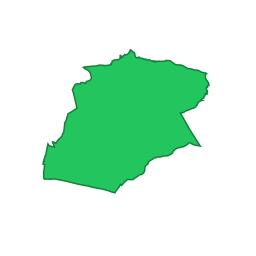 Ixhuatlancillo, Veracruz, Mexico (Natural Earth projection), rotated 123°
{"feature_id": "50627088B49506441430120", "entity_name": "Ixhuatlancillo", "entity_type": "district", "adm_level": 2, "iso_a3": "MEX", "parent_name": "Mexico", "parent_adm1": "Veracruz", "projection": "natural_earth1", "projection_center": [-97.161, 18.893], "detail": "fine", "context": "isolated", "style": "filled", "palette": "green", "viewbox_px": 256, "rotation_deg": 123, "n_neighbors": 0, "source": "geoboundaries", "source_scale": "gbopen_adm2", "svg_char_len": 5279}
<svg xmlns="http://www.w3.org/2000/svg" viewBox="0 0 256 256"><g transform="rotate(123 128 128)"><path d="M216.5,170.3L216.1,169.7L215.9,169.6L214.8,167.9L214.7,167.7L214.5,167.4L214.2,166.8L212.9,164.8L212.6,164.3L211.5,162.9L210.8,161.9L210.6,161.5L210.2,160.7L210.0,160.0L209.8,159.6L209.5,158.9L209.4,158.5L209.0,157.7L208.7,156.9L208.5,156.4L208.2,155.7L208.0,155.3L207.7,154.6L207.5,153.9L207.2,153.2L206.9,152.5L206.7,151.9L206.3,151.0L206.0,150.2L205.8,149.7L205.1,147.2L204.9,146.8L204.8,146.5L204.7,146.3L204.6,146.1L204.5,145.9L204.4,145.6L204.4,145.4L204.3,145.1L204.2,145.0L204.2,144.8L204.1,144.7L203.8,143.6L203.7,143.3L203.3,142.3L203.2,142.0L203.1,141.7L203.0,141.4L202.8,140.7L202.5,139.8L202.2,139.2L201.9,138.3L201.5,137.3L201.3,136.9L200.4,134.6L200.3,134.2L200.2,133.9L200.0,133.5L199.8,133.1L199.6,132.8L199.4,132.4L199.3,132.0L199.2,131.8L198.9,131.1L198.7,130.6L198.0,128.9L197.7,127.8L197.7,127.7L197.6,127.4L197.5,126.9L197.4,126.7L197.3,126.1L197.0,125.6L196.7,124.8L196.6,124.5L195.9,122.6L195.6,121.9L195.3,120.9L195.2,120.8L194.9,120.1L194.6,119.5L194.3,118.9L194.1,118.6L193.5,116.9L193.2,116.1L192.9,115.5L192.6,114.6L192.5,114.3L192.2,113.3L191.6,111.6L191.6,111.4L191.5,111.0L191.4,110.7L191.3,110.4L191.2,109.8L190.7,107.4L190.2,106.0L189.8,104.7L189.6,103.9L189.6,103.7L189.4,103.6L187.7,103.8L185.8,103.6L184.4,103.5L184.0,103.5L182.1,103.3L181.6,103.7L180.2,103.5L179.4,103.4L179.7,102.4L179.8,102.1L179.1,102.0L177.3,101.7L175.7,101.6L173.6,101.0L171.3,100.2L170.6,98.9L169.8,97.6L168.5,95.6L167.2,95.2L166.6,95.3L165.3,94.5L163.0,93.5L161.2,93.2L160.2,91.7L158.7,90.8L157.4,90.5L155.6,90.5L154.7,90.9L153.1,91.7L151.7,92.3L150.9,92.7L149.3,92.3L146.7,91.7L146.4,92.2L145.5,92.3L143.5,91.8L140.6,90.3L138.8,89.6L137.7,88.4L135.7,87.0L135.6,86.4L134.9,85.3L131.8,82.6L129.6,79.5L126.1,77.4L124.3,77.0L123.0,77.4L121.7,77.3L118.4,76.0L117.5,75.2L115.0,72.8L113.3,71.2L109.5,69.2L107.7,69.1L106.7,68.1L106.6,66.5L106.5,64.7L105.6,61.8L105.1,61.0L104.7,59.9L104.2,58.4L103.8,57.5L102.1,61.3L95.7,75.3L86.9,92.2L86.3,91.5L85.5,90.6L84.5,89.8L83.5,89.3L81.5,88.4L80.9,87.7L79.4,86.7L77.3,85.3L75.7,83.8L73.6,82.8L71.7,82.5L70.4,82.6L68.9,83.0L67.1,82.7L65.2,81.5L64.4,80.7L64.7,81.9L63.1,81.8L61.7,80.7L61.1,81.0L60.5,81.2L60.0,81.1L59.6,81.2L58.2,81.3L57.8,81.4L57.4,81.5L57.0,81.4L57.0,81.1L56.8,80.2L55.2,80.6L54.9,80.8L54.0,81.3L53.9,81.5L54.1,81.6L54.3,82.0L54.1,82.1L53.1,82.6L53.0,83.3L52.9,83.4L51.7,83.9L51.5,84.1L51.3,84.1L50.8,84.1L50.4,83.5L49.4,84.3L48.7,84.2L48.3,83.7L48.2,83.3L46.5,84.7L45.5,86.9L44.3,89.8L41.4,92.0L39.5,91.7L39.6,92.8L41.2,96.9L41.3,99.4L41.7,101.3L41.8,101.7L42.4,102.5L43.2,104.0L43.5,104.5L43.7,106.6L44.2,107.4L45.0,109.2L45.6,110.3L45.7,111.2L45.5,112.0L45.7,112.7L45.8,114.1L45.7,114.4L45.8,115.7L46.4,118.0L46.5,118.4L47.7,120.1L47.8,120.4L48.6,121.7L48.9,122.6L48.9,125.1L48.8,125.3L48.9,125.8L48.8,126.3L49.0,126.9L48.8,128.2L48.7,128.5L48.5,129.1L50.7,133.1L51.9,133.5L53.3,135.5L54.1,136.6L54.9,138.1L55.3,138.8L56.0,139.6L56.4,140.0L56.7,140.6L57.0,141.5L57.7,141.0L58.0,141.9L57.9,142.7L58.6,142.8L58.6,143.4L58.2,143.9L59.1,144.7L59.0,145.6L59.0,146.3L59.0,147.1L59.4,147.6L59.8,148.1L60.5,148.8L60.8,149.4L60.4,150.2L60.9,150.7L60.9,151.2L61.3,151.6L61.6,152.7L62.0,153.2L61.7,153.8L62.4,155.0L62.9,156.8L62.5,157.5L63.3,157.7L63.7,158.1L64.5,159.9L63.9,161.1L61.5,163.3L61.3,164.1L61.5,164.7L61.6,165.2L61.2,165.8L61.2,166.9L61.2,167.3L61.0,168.4L61.3,168.6L62.5,168.3L62.8,167.9L63.2,168.0L63.4,168.3L64.9,168.3L65.5,168.2L67.8,169.5L68.2,170.7L68.2,170.8L69.4,170.8L69.5,170.8L70.5,171.4L71.1,171.0L71.6,171.4L72.2,171.4L72.3,171.6L72.7,172.0L71.1,173.4L71.5,174.0L74.1,172.4L75.0,172.9L75.5,173.1L76.1,173.7L77.2,174.7L78.0,176.2L80.5,177.7L81.7,177.1L83.3,177.4L83.8,176.7L85.8,178.3L88.1,181.2L89.1,183.2L90.2,185.3L91.6,187.0L92.9,188.0L93.6,188.8L95.4,191.4L96.2,192.5L97.6,194.0L98.5,195.2L100.0,197.0L100.8,198.1L101.4,198.5L101.7,197.0L101.7,195.7L101.5,194.3L101.3,193.2L101.9,190.9L102.4,189.6L103.2,188.8L104.0,187.9L105.0,186.7L106.2,185.9L106.8,185.7L108.0,185.7L109.7,186.4L111.1,187.8L112.2,188.3L113.1,188.0L113.9,187.9L114.1,188.9L114.0,190.0L114.7,190.9L115.2,191.5L115.4,192.2L117.1,192.1L117.7,193.4L118.2,194.3L119.7,195.8L121.1,196.1L122.7,195.9L126.1,195.5L127.2,194.2L131.1,189.8L134.9,186.0L137.4,183.4L139.2,181.5L148.9,186.0L156.1,183.8L158.0,183.9L158.6,183.8L159.1,183.3L162.1,181.8L165.1,180.3L165.7,180.0L167.2,179.7L169.0,179.6L170.9,178.9L173.9,179.6L175.2,180.0L175.6,180.1L176.0,180.1L178.0,180.2L179.6,180.3L180.1,180.2L180.3,180.6L180.3,181.1L180.1,181.4L180.1,181.5L180.3,182.6L180.7,183.7L181.4,183.1L182.1,181.9L184.1,179.4L184.3,180.6L184.9,181.4L185.2,182.4L185.6,183.6L185.9,183.9L184.9,186.5L191.3,184.0L194.2,182.8L195.3,182.5L195.5,182.5L195.8,182.4L196.1,182.3L196.3,182.3L196.4,182.2L196.7,182.2L197.0,182.1L198.4,181.7L199.6,181.4L200.7,181.1L201.0,181.0L201.0,180.6L201.6,180.0L201.9,180.5L202.0,180.6L203.2,180.3L203.9,179.9L204.7,179.4L204.2,178.5L204.1,178.2L204.3,177.9L204.3,177.7L205.3,177.3L206.2,176.9L206.5,176.7L207.4,176.3L207.7,176.2L209.0,175.6L209.6,175.3L211.0,174.7L211.6,174.4L212.2,173.9L213.6,172.9L214.2,172.5L214.4,172.4L215.7,171.4L216.1,171.1L216.5,170.3Z" fill="#22c55e" stroke="#15803d" stroke-width="1.5"/></g></svg>